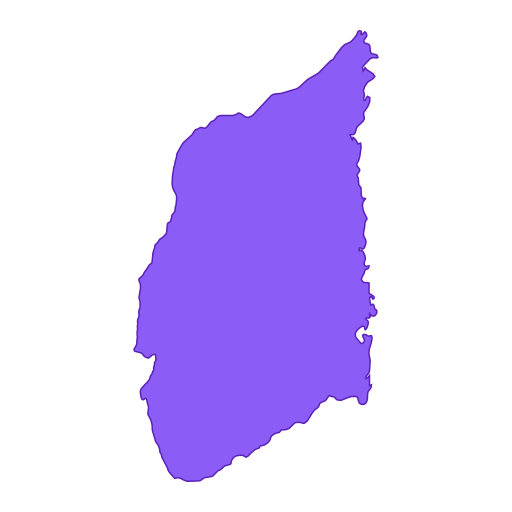 SVG path tracing the border of Cabo Delgado
{"feature_id": "MOZ-1198", "entity_name": "Cabo Delgado", "entity_type": "Province", "adm_level": 1, "iso_a3": "MOZ", "parent_name": "Mozambique", "parent_adm1": "", "projection": "equal_earth", "projection_center": [39.387, -12.31], "detail": "fine", "context": "isolated", "style": "filled", "palette": "violet", "viewbox_px": 512, "rotation_deg": 0, "n_neighbors": 0, "source": "natural_earth", "source_scale": "10m", "svg_char_len": 6071}
<svg xmlns="http://www.w3.org/2000/svg" viewBox="0 0 512 512"><path d="M248.7,117.3L251.0,116.4L253.2,114.8L271.0,95.8L272.5,94.8L274.0,94.1L281.1,93.4L296.4,88.9L298.7,87.6L307.8,79.3L317.2,73.9L318.9,72.7L330.4,60.9L332.9,59.6L334.0,58.2L335.7,55.3L341.1,48.1L344.5,44.7L350.5,42.0L353.7,38.9L356.6,35.0L358.1,31.4L359.6,30.7L361.1,31.2L361.6,32.4L360.6,34.0L362.4,34.5L364.8,31.8L366.3,33.1L366.8,35.7L365.8,37.7L364.4,39.4L363.7,40.7L364.4,42.7L366.1,43.5L368.0,44.0L369.4,44.9L370.0,46.8L370.3,51.0L370.9,52.9L372.2,53.9L375.8,54.5L377.2,55.4L377.9,57.5L376.6,58.0L373.1,57.6L370.2,58.7L362.5,66.7L363.1,71.0L364.3,69.6L365.0,67.6L366.7,69.6L373.1,73.9L374.8,76.4L373.0,78.7L368.0,81.9L366.4,83.9L364.5,87.0L363.4,90.5L364.4,95.0L363.6,99.2L364.4,100.5L365.4,100.1L366.6,97.1L367.5,96.3L369.8,97.6L369.8,101.1L368.5,105.0L367.1,107.6L364.2,111.7L363.7,113.0L363.6,114.6L364.3,117.7L364.3,118.9L363.2,121.0L357.1,126.9L356.4,128.5L355.1,132.8L354.3,134.0L353.2,134.6L351.0,134.6L349.9,134.8L350.9,136.6L351.7,139.0L352.4,139.9L353.0,137.4L354.4,138.4L355.9,140.2L357.1,142.2L357.9,144.0L360.6,143.1L361.1,147.0L359.9,155.9L358.9,159.7L358.2,161.4L357.1,163.0L356.7,165.0L357.8,166.9L359.2,168.6L359.8,170.1L359.3,171.5L357.2,174.6L357.1,175.6L358.0,177.4L358.3,178.8L358.6,182.8L359.0,185.2L360.7,187.3L361.0,188.0L361.2,194.7L361.8,196.8L362.9,198.8L363.7,198.2L364.2,198.1L365.5,198.8L363.0,202.1L362.4,205.6L363.0,209.3L364.2,212.9L366.9,218.1L366.9,219.2L365.6,221.1L365.0,222.4L364.7,226.4L363.6,232.2L363.5,234.0L363.8,236.1L365.5,239.5L366.0,241.5L365.8,243.5L365.1,246.0L364.1,248.2L362.8,249.1L360.2,247.8L359.3,248.2L359.1,250.7L361.3,250.1L363.3,252.0L364.8,255.3L365.4,258.4L365.1,260.1L364.5,261.5L364.1,263.1L364.4,265.0L365.2,266.0L366.4,266.3L369.1,265.9L368.8,267.1L368.3,268.2L367.5,268.9L365.4,269.6L364.8,270.7L364.1,273.3L361.7,277.8L361.5,279.8L362.8,281.7L363.7,282.3L364.9,282.5L368.7,282.8L369.1,283.4L369.0,291.7L369.4,293.5L370.2,294.3L371.2,294.6L373.8,296.4L374.3,297.4L373.7,298.9L372.8,299.1L371.3,296.8L370.3,296.8L369.7,298.0L369.7,299.5L370.6,304.9L371.3,305.0L372.3,304.3L373.4,304.4L374.0,305.6L374.8,308.8L375.2,309.4L376.3,309.9L376.8,310.9L376.8,312.2L376.5,313.6L375.0,315.6L373.0,316.2L371.1,315.5L369.6,313.6L369.5,314.6L369.7,315.8L370.0,316.8L370.2,317.0L368.9,318.1L366.3,317.8L365.9,318.7L366.5,319.7L367.6,320.7L368.4,322.1L368.0,324.5L367.0,327.7L365.6,329.7L365.4,329.8L364.6,328.7L364.7,327.7L364.4,326.9L363.3,326.2L362.5,326.1L362.0,326.3L359.4,328.1L357.5,329.9L356.0,331.9L355.3,333.7L355.5,336.1L355.9,337.4L360.5,342.9L361.9,343.5L363.3,342.8L364.5,340.7L364.1,339.0L363.1,337.3L362.7,335.3L363.4,334.5L364.8,334.4L366.3,334.9L367.4,335.7L368.7,336.2L370.2,335.7L371.5,335.7L372.1,337.8L371.5,341.8L369.4,348.9L368.9,352.9L369.1,355.1L370.0,359.2L370.2,361.3L369.5,370.5L369.0,372.9L367.8,374.4L366.6,375.6L365.8,377.3L366.0,378.7L367.2,378.1L369.5,375.6L369.5,385.6L371.4,384.8L371.0,387.6L368.2,391.5L367.6,393.6L367.4,398.8L366.8,401.3L365.8,403.2L363.8,404.4L361.3,404.3L359.2,403.0L358.3,400.3L357.7,397.6L356.1,396.5L351.8,396.5L348.4,397.4L340.9,400.4L337.2,399.9L335.9,398.9L335.0,397.8L333.9,396.9L330.6,396.2L330.1,395.7L329.6,395.6L328.4,396.5L326.2,399.7L325.3,400.7L321.5,402.3L319.8,403.4L318.6,406.6L317.3,408.0L314.7,409.8L312.3,412.9L307.2,421.1L304.2,423.3L303.1,423.3L300.2,422.4L296.4,422.4L294.5,423.1L289.3,428.3L287.5,429.1L285.8,429.6L282.1,429.9L281.2,430.2L279.3,432.4L275.5,433.3L274.1,434.1L272.5,435.2L271.1,436.5L269.9,440.1L268.3,442.2L266.2,443.9L264.4,445.0L261.0,445.8L260.1,446.2L259.2,447.9L258.5,448.3L256.6,448.8L254.6,449.9L251.4,452.6L248.2,456.0L246.1,457.2L242.8,455.4L240.4,455.2L236.4,455.8L234.4,456.8L232.7,458.6L231.4,460.9L230.9,463.8L230.0,464.4L224.6,466.0L220.7,469.6L217.9,470.8L212.9,475.9L211.2,476.6L205.1,477.6L203.7,478.1L200.7,480.4L198.6,480.9L187.2,481.3L183.7,480.0L180.3,478.2L177.5,477.7L174.7,478.4L169.3,472.2L168.0,470.0L167.7,468.7L167.3,467.6L161.9,457.2L161.4,454.6L160.2,452.7L159.9,451.9L159.6,449.1L158.4,445.7L157.5,444.1L156.2,442.5L155.7,441.6L152.9,432.2L152.3,429.8L152.2,428.2L152.2,425.6L151.4,421.9L151.0,420.5L149.7,417.7L148.4,415.3L148.0,414.4L147.9,412.8L148.5,408.3L148.4,406.0L147.8,404.7L147.3,402.7L146.7,399.8L146.3,398.9L145.8,398.5L144.8,398.7L143.6,399.6L142.6,399.7L141.7,398.9L141.4,398.2L141.1,397.3L140.3,392.1L140.6,390.2L140.9,389.4L142.4,387.3L144.2,385.4L145.9,383.5L147.1,382.5L149.6,379.1L150.3,376.5L150.8,375.5L151.8,374.2L152.6,371.8L153.5,370.3L153.7,369.0L153.7,367.0L154.4,365.4L154.5,362.8L154.7,362.3L155.6,360.9L155.8,360.3L155.9,359.3L155.7,355.9L155.5,355.0L155.1,354.5L154.0,354.5L152.5,354.8L148.8,357.9L148.5,358.1L146.0,357.3L144.6,356.6L143.5,355.5L142.6,354.1L141.8,353.4L139.8,352.5L135.2,351.4L134.6,351.0L134.1,350.2L134.1,349.0L136.1,345.7L136.8,343.7L136.9,340.6L137.2,338.6L137.3,337.3L137.1,333.2L137.1,332.1L137.5,329.8L137.4,326.5L137.7,323.5L137.5,321.1L137.6,319.9L137.8,319.1L138.4,318.2L138.8,316.9L139.0,315.4L138.8,311.1L138.9,310.4L140.1,307.6L140.1,306.7L140.0,301.1L139.2,298.9L139.0,297.2L140.2,290.1L140.5,288.0L140.5,286.0L140.3,284.0L138.9,280.3L138.9,279.3L139.1,278.7L142.2,276.0L142.9,275.1L144.5,272.1L147.0,268.7L148.7,265.8L149.7,264.6L151.3,263.4L151.8,262.8L152.1,261.7L152.8,254.1L153.2,252.0L154.6,247.7L155.2,244.7L156.8,243.5L158.0,241.9L159.1,240.1L159.7,239.3L163.0,237.1L166.3,233.5L166.8,230.5L167.1,226.3L167.6,223.3L169.8,222.1L170.6,221.1L171.4,218.3L172.0,214.8L173.4,213.5L174.8,211.3L175.3,207.4L176.0,205.0L176.6,198.9L176.5,195.6L175.1,192.6L174.2,191.3L173.2,188.8L172.7,187.5L172.2,184.7L172.1,183.6L172.6,174.9L173.3,171.4L173.7,167.5L174.7,165.0L175.2,161.5L176.3,158.0L176.9,154.0L177.3,153.0L180.8,146.6L183.1,142.9L192.0,134.8L194.1,131.4L195.6,129.7L198.3,128.8L200.1,127.6L201.1,127.4L204.2,128.1L205.2,128.2L206.8,127.0L210.5,122.4L211.7,121.4L213.6,120.8L215.2,119.3L217.6,116.5L220.7,115.5L232.6,115.5L235.7,114.7L238.5,113.0L240.7,113.6L244.4,116.3L246.3,117.2L248.7,117.3Z" fill="#8b5cf6" stroke="#5b21b6" stroke-width="1.5"/></svg>